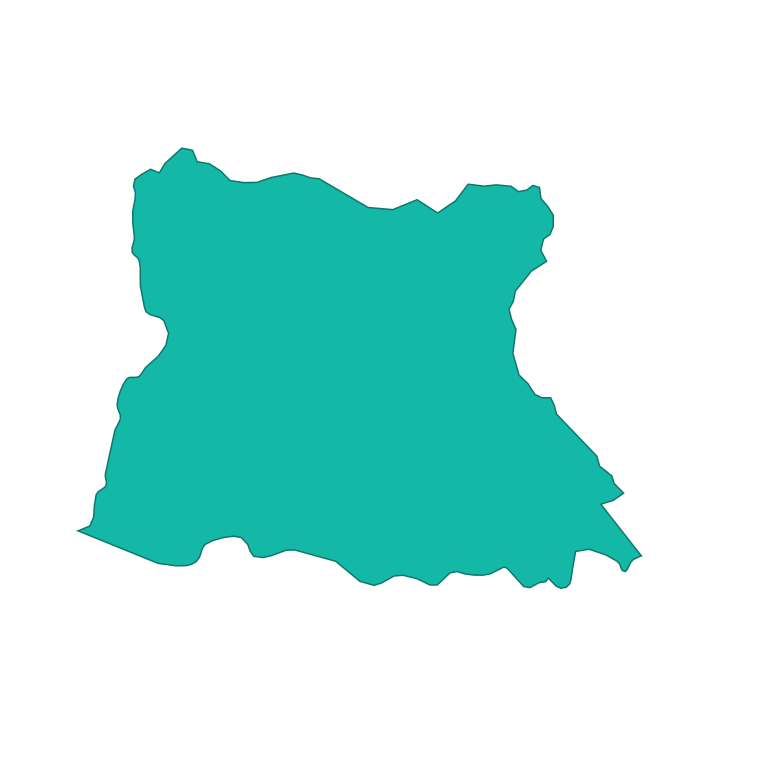 outline of Blagoevgrad, rotated 14°
{"feature_id": "BGR-3002", "entity_name": "Blagoevgrad", "entity_type": "Province", "adm_level": 1, "iso_a3": "BGR", "parent_name": "Bulgaria", "parent_adm1": "", "projection": "robinson", "projection_center": [23.441, 41.745], "detail": "fine", "context": "isolated", "style": "filled", "palette": "teal", "viewbox_px": 768, "rotation_deg": 14, "n_neighbors": 0, "source": "natural_earth", "source_scale": "10m", "svg_char_len": 2310}
<svg xmlns="http://www.w3.org/2000/svg" viewBox="0 0 768 768"><g transform="rotate(14 384 384)"><path d="M122.6,600.5L132.9,593.0L134.5,583.2L132.4,572.1L131.5,560.8L132.9,557.6L137.9,551.9L139.0,549.4L138.4,546.3L135.9,541.0L135.4,538.4L134.3,501.4L134.1,493.3L136.2,484.6L136.6,481.5L135.6,477.9L131.5,472.0L130.1,469.0L129.4,461.9L129.9,454.3L131.2,447.0L133.3,441.0L135.4,439.2L142.2,437.4L144.6,436.0L145.9,433.4L148.7,425.7L152.5,420.1L158.2,411.7L163.0,399.4L162.7,386.9L155.1,375.8L150.5,373.8L140.3,373.3L135.6,371.4L133.0,367.5L123.8,347.6L119.2,329.5L116.5,323.3L114.5,321.2L109.5,318.7L108.3,317.4L107.7,316.8L106.6,312.8L106.8,305.0L106.1,301.3L101.5,289.2L98.4,277.1L97.7,264.4L96.6,258.7L93.3,253.0L93.1,252.9L92.8,245.9L92.7,245.6L98.3,239.1L105.6,232.1L114.9,233.5L118.2,222.9L130.7,204.1L141.6,203.5L149.0,213.5L161.4,212.6L174.1,216.9L185.3,223.8L198.8,222.6L212.0,219.1L224.1,211.2L245.5,201.1L254.8,201.0L263.1,201.8L271.3,200.5L325.8,216.6L350.3,212.7L371.5,197.2L394.7,205.1L409.0,189.1L417.3,169.8L433.4,167.8L444.8,163.6L459.5,161.4L467.9,164.8L475.7,161.3L480.4,155.3L487.3,155.7L491.4,166.0L499.8,172.0L507.4,179.3L510.1,190.2L508.9,198.7L503.7,204.8L503.8,216.4L512.1,225.6L499.8,238.6L489.0,262.0L489.5,272.6L487.2,281.3L492.4,290.8L498.9,299.2L501.6,323.0L512.8,342.6L523.5,348.8L532.9,357.6L540.5,359.2L549.0,357.0L554.2,363.4L558.8,371.6L607.9,402.5L613.1,411.6L621.1,415.2L627.3,418.1L631.3,424.8L642.9,432.0L634.5,441.5L623.5,448.2L675.1,488.4L675.3,488.5L674.6,488.9L668.3,494.0L666.6,497.3L664.7,505.6L663.5,507.6L660.3,507.3L658.4,505.1L656.5,502.0L653.1,499.6L640.3,496.1L623.0,494.7L610.4,500.1L611.6,517.1L612.7,528.8L612.5,533.2L609.9,537.2L605.1,539.4L600.0,538.5L590.4,532.6L588.9,536.4L586.8,537.7L584.5,538.2L582.0,539.7L574.9,546.3L568.5,546.7L548.2,533.0L544.7,532.5L533.0,542.5L526.1,545.6L517.2,547.7L508.0,548.7L500.4,548.3L493.9,551.2L484.2,566.2L477.2,567.9L463.0,564.9L448.7,565.0L440.3,567.8L429.5,577.9L428.3,578.6L422.9,581.8L408.4,581.3L380.0,567.7L337.5,566.6L329.2,569.0L316.1,577.9L308.4,581.7L299.3,582.7L294.7,578.8L290.7,572.7L282.7,567.5L275.0,568.0L264.9,572.0L255.3,577.6L249.1,583.1L247.6,587.2L246.9,596.8L244.6,601.9L240.8,605.6L236.0,608.1L226.3,610.7L208.2,612.7L122.6,600.5Z" fill="#14b8a6" stroke="#0f766e" stroke-width="1.5"/></g></svg>